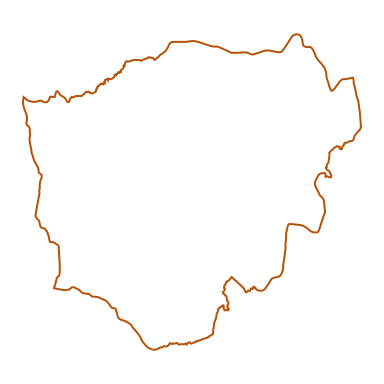 the district of Mae Chai, Phayao, Thailand
{"feature_id": "78962969B98243253898824", "entity_name": "Mae Chai", "entity_type": "district", "adm_level": 2, "iso_a3": "THA", "parent_name": "Thailand", "parent_adm1": "Phayao", "projection": "equal_earth", "projection_center": [99.773, 19.373], "detail": "fine", "context": "isolated", "style": "outline", "palette": "amber", "viewbox_px": 384, "rotation_deg": 0, "n_neighbors": 0, "source": "geoboundaries", "source_scale": "gbopen_adm2", "svg_char_len": 5798}
<svg xmlns="http://www.w3.org/2000/svg" viewBox="0 0 384 384"><path d="M353.0,77.7L345.7,79.1L342.3,79.3L340.0,81.2L334.5,88.7L332.4,90.6L331.8,90.8L331.1,90.6L329.8,87.9L328.3,82.7L326.6,77.7L326.0,72.1L324.6,67.9L321.8,64.2L318.2,60.1L315.9,56.8L314.6,53.1L312.5,48.9L311.4,47.7L310.2,46.9L307.1,47.1L305.3,46.7L303.5,45.7L302.9,44.4L302.3,39.9L301.1,36.5L299.4,34.8L296.3,34.2L293.5,35.2L291.4,37.3L287.1,44.2L282.5,50.9L281.1,52.1L278.5,52.3L268.7,50.4L264.9,50.6L254.3,54.2L252.5,54.5L250.8,54.2L247.4,52.7L245.3,52.3L235.9,52.9L231.3,52.7L221.5,48.2L217.4,46.6L213.1,46.5L210.7,46.0L198.5,42.0L195.2,41.2L193.4,41.0L190.1,41.2L186.6,41.9L174.0,41.9L171.5,42.2L169.9,43.3L169.0,44.6L167.8,47.4L165.7,50.8L163.1,53.0L160.0,55.1L158.9,56.4L157.2,57.7L154.8,60.0L154.4,59.8L153.1,57.9L152.0,57.9L151.3,57.5L150.2,57.8L148.8,57.1L147.7,58.2L146.7,58.4L146.2,58.8L145.2,58.7L144.0,59.6L142.9,59.7L141.6,60.7L139.9,60.2L135.1,59.9L133.5,60.0L129.6,61.3L128.4,61.3L128.1,61.6L126.6,61.2L125.2,62.4L125.0,64.0L123.7,65.5L124.6,66.0L124.6,66.3L123.6,66.9L123.5,67.8L122.0,69.6L120.8,70.2L120.9,72.1L120.4,72.1L119.6,72.7L119.3,72.1L118.7,72.4L118.2,72.4L118.3,72.9L117.7,72.8L117.2,74.1L116.5,74.8L116.3,74.3L115.7,74.4L115.4,75.0L114.7,74.9L114.9,75.8L114.7,76.2L112.4,78.5L110.6,79.2L108.3,78.8L108.0,80.2L107.4,78.9L107.0,79.4L106.6,79.2L105.5,80.0L104.9,80.1L104.6,81.5L104.9,82.3L104.6,82.8L104.9,83.0L104.1,83.7L103.6,84.4L103.2,84.2L103.0,83.6L102.7,84.1L101.7,83.8L101.2,84.2L100.7,83.9L100.1,84.5L99.5,84.7L99.1,85.4L98.3,85.8L98.3,86.4L97.6,86.6L97.2,87.6L96.9,87.8L97.1,88.8L96.2,89.2L96.1,90.9L95.7,91.1L95.6,91.9L92.6,93.4L91.1,93.3L90.5,92.7L89.9,92.8L88.9,91.7L87.4,92.2L86.3,91.7L85.6,92.1L84.6,93.6L82.9,94.7L81.6,96.0L75.3,96.1L73.9,97.2L73.0,97.5L71.9,96.8L69.9,99.0L69.3,101.5L68.7,102.0L68.0,102.2L67.0,101.4L65.1,98.3L63.4,96.9L60.3,95.1L57.6,91.3L57.2,91.2L56.4,91.6L55.7,93.1L54.8,96.8L53.1,97.0L50.9,96.6L50.3,96.7L49.8,97.5L48.9,100.2L46.9,102.2L45.2,102.3L44.0,102.1L41.4,100.8L40.0,100.6L37.8,101.3L34.1,101.9L30.6,101.5L27.8,100.5L23.6,97.1L23.0,101.4L23.2,104.7L24.1,108.4L26.4,114.3L27.0,117.5L27.1,119.5L26.3,122.9L26.4,123.7L26.9,124.8L28.7,126.4L29.7,128.5L30.0,129.7L29.6,132.0L30.2,134.0L30.1,135.4L29.4,139.1L30.5,146.1L31.4,150.1L31.6,153.0L32.8,156.1L33.8,159.6L35.8,163.8L38.0,167.4L38.3,168.4L38.8,172.8L41.2,174.4L41.8,175.9L41.5,178.1L40.5,180.5L40.0,182.4L39.7,184.5L39.8,188.2L39.2,190.2L39.4,192.3L39.4,193.9L36.6,208.6L35.6,215.1L35.7,216.6L36.7,218.4L38.5,220.1L39.1,221.1L40.3,226.2L40.8,227.2L41.9,227.9L44.7,228.6L47.1,231.7L48.8,236.5L49.5,240.6L50.0,242.0L53.0,242.2L54.1,242.6L58.3,245.4L58.6,246.1L59.8,265.3L59.7,272.9L59.2,275.7L58.9,276.1L56.9,277.6L55.9,282.0L54.0,288.2L63.0,290.0L65.9,290.1L69.5,289.4L71.6,287.5L72.1,287.2L74.4,287.4L79.6,290.2L81.3,292.1L83.4,293.3L88.2,293.8L89.4,294.4L92.3,296.6L97.9,297.0L103.8,299.8L105.4,300.3L107.6,302.1L111.5,307.5L112.5,308.0L115.1,308.5L115.8,309.2L117.9,316.8L118.7,318.3L120.6,319.6L124.6,320.9L126.9,321.9L130.9,324.6L132.7,327.5L138.0,333.6L139.7,336.1L141.9,340.5L143.6,343.0L147.8,347.6L152.4,349.6L154.2,349.8L157.3,349.1L160.4,347.4L162.6,347.2L163.6,346.2L166.8,346.4L168.6,345.2L169.8,343.2L172.1,343.9L172.7,343.4L173.3,343.8L174.3,343.7L176.9,343.0L177.2,343.0L178.4,344.4L179.5,344.6L181.4,344.1L183.9,344.3L185.7,343.5L186.5,343.7L186.8,344.4L187.9,343.0L189.2,342.2L189.8,342.3L190.6,343.4L191.4,343.6L195.5,341.9L196.3,341.8L196.7,341.0L197.3,341.2L198.5,340.7L199.1,340.7L199.9,340.1L200.9,339.9L203.8,338.7L207.3,337.7L208.5,337.0L208.5,336.7L212.9,334.2L213.3,331.1L213.1,329.6L213.7,328.0L213.7,326.3L214.1,324.9L214.0,323.1L214.8,321.8L214.9,320.7L215.6,319.5L216.1,317.8L216.6,314.3L217.0,313.0L217.7,312.2L218.0,310.3L218.4,309.7L218.4,308.6L219.4,308.3L220.0,307.1L221.6,306.6L222.4,305.5L223.4,305.4L223.7,305.7L223.8,306.3L223.5,307.7L224.5,310.3L225.8,310.4L226.9,309.7L228.2,310.3L228.8,309.6L228.7,308.8L227.3,307.0L227.5,305.2L228.1,304.4L228.5,302.6L227.1,300.6L226.5,296.3L225.2,295.5L224.8,294.4L223.6,293.9L222.8,292.3L223.0,292.0L224.0,291.2L224.7,289.6L224.8,288.3L224.1,287.9L224.2,286.0L224.7,285.6L225.3,284.3L225.7,284.1L225.9,282.8L227.1,281.3L227.5,281.4L229.0,280.3L231.6,277.0L242.6,287.0L243.7,288.3L245.8,292.3L246.6,291.9L247.4,291.8L248.2,290.7L249.8,290.9L250.6,288.8L250.9,288.4L251.7,288.4L252.2,289.0L252.6,289.0L253.1,288.0L253.3,287.0L253.7,286.6L255.5,287.8L255.7,288.2L255.4,288.5L257.5,290.2L260.0,290.8L262.9,290.4L264.7,289.3L267.5,285.4L271.6,278.8L274.6,277.5L278.9,276.7L280.5,275.2L281.4,274.0L282.3,272.0L283.0,269.2L283.3,263.4L284.1,259.8L285.5,248.4L285.5,243.0L286.1,238.4L286.1,233.5L287.8,225.8L288.6,224.4L289.9,223.9L299.3,224.9L302.0,225.4L304.6,226.6L306.5,227.8L310.5,231.1L313.1,232.3L316.2,232.5L317.5,232.2L318.5,231.2L319.6,228.4L323.6,215.8L324.7,213.6L325.0,211.5L324.0,201.7L323.6,199.7L322.7,198.1L319.5,194.8L318.5,192.2L315.6,186.7L315.0,184.6L314.9,183.5L315.2,181.6L318.4,175.2L319.3,174.2L320.7,173.5L324.1,173.0L324.9,173.1L325.4,173.6L325.5,176.8L327.0,176.2L329.0,177.2L330.1,177.4L330.9,177.2L331.2,176.5L331.2,175.3L331.0,174.5L330.4,173.9L330.3,172.8L328.7,170.8L326.8,169.5L326.2,168.8L325.9,167.9L326.0,167.5L326.7,167.3L326.8,167.0L326.6,165.7L326.9,164.7L328.6,162.2L328.6,161.3L329.5,155.2L329.3,152.8L331.2,150.6L332.0,149.9L332.7,149.8L334.1,147.8L335.1,147.5L337.0,146.1L339.9,147.1L339.5,148.0L339.8,148.8L340.6,149.1L341.8,149.1L342.3,147.1L343.1,145.9L343.2,145.3L344.2,144.8L344.2,143.6L344.8,142.7L346.7,142.8L349.0,141.4L351.9,140.9L352.9,140.4L353.7,139.1L354.2,136.9L354.9,135.3L358.4,131.1L360.1,129.6L360.5,127.9L361.0,127.5L359.9,112.9L358.6,103.2L358.1,100.1L356.8,97.2L355.0,87.7L354.0,84.5L353.7,83.0L353.6,80.3L353.0,77.7Z" fill="none" stroke="#b45309" stroke-width="2"/></svg>